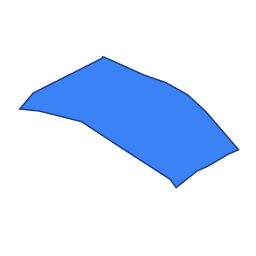 26, Ad Dawhah, Qatar (Albers equal-area conic projection), rotated 230°
{"feature_id": "91078587B74187630814278", "entity_name": "26", "entity_type": "district", "adm_level": 2, "iso_a3": "QAT", "parent_name": "Qatar", "parent_adm1": "Ad Dawhah", "projection": "albers", "projection_center": [51.545, 25.271], "detail": "fine", "context": "isolated", "style": "filled", "palette": "blue", "viewbox_px": 256, "rotation_deg": 230, "n_neighbors": 0, "source": "geoboundaries", "source_scale": "gbopen_adm2", "svg_char_len": 421}
<svg xmlns="http://www.w3.org/2000/svg" viewBox="0 0 256 256"><g transform="rotate(230 128 128)"><path d="M40.3,198.7L90.2,198.2L115.2,195.0L138.5,186.1L158.6,174.1L197.2,155.5L198.9,154.2L198.6,153.9L198.0,153.4L215.7,78.1L212.1,57.3L201.4,67.7L198.2,70.8L162.7,96.5L114.6,110.9L61.2,127.4L51.4,126.5L51.4,126.8L50.7,153.1L47.4,165.0L43.5,188.0L40.3,198.7Z" fill="#3b82f6" stroke="#1e3a8a" stroke-width="1.5"/></g></svg>